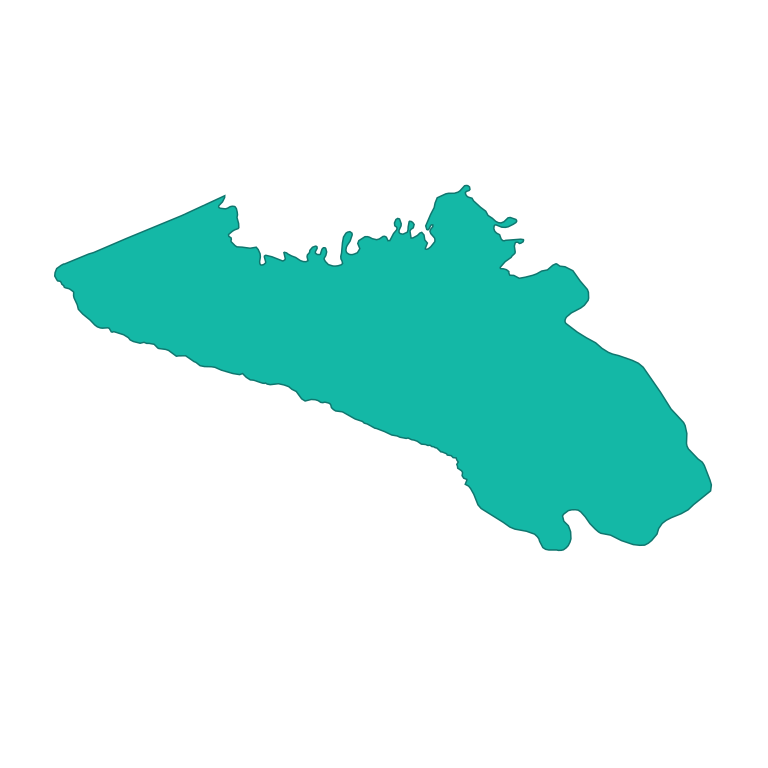 Girardot, Cundinamarca, Colombia (Robinson projection), rotated 255°
{"feature_id": "7082276B44734955645531", "entity_name": "Girardot", "entity_type": "district", "adm_level": 2, "iso_a3": "COL", "parent_name": "Colombia", "parent_adm1": "Cundinamarca", "projection": "robinson", "projection_center": [-74.792, 4.35], "detail": "fine", "context": "isolated", "style": "filled", "palette": "teal", "viewbox_px": 768, "rotation_deg": 255, "n_neighbors": 0, "source": "geoboundaries", "source_scale": "gbopen_adm2", "svg_char_len": 6151}
<svg xmlns="http://www.w3.org/2000/svg" viewBox="0 0 768 768"><g transform="rotate(255 384 384)"><path d="M266.1,436.5L263.5,439.3L260.5,440.6L254.2,442.2L242.9,443.5L238.6,445.6L219.5,463.4L213.2,468.6L210.0,472.8L204.9,483.5L200.0,490.6L196.8,492.6L194.4,493.5L191.7,493.6L184.9,495.1L182.5,497.3L181.0,500.3L179.0,507.8L178.2,509.3L177.5,512.0L177.4,514.4L178.6,517.6L180.2,520.1L183.1,522.7L186.1,524.5L192.9,526.0L195.7,525.8L199.4,525.4L204.9,522.2L210.4,522.3L211.8,523.9L214.0,529.3L213.9,532.8L213.0,536.4L211.9,538.9L209.5,541.0L203.6,544.0L195.8,546.8L189.3,550.4L185.6,552.9L183.7,554.8L179.4,563.7L171.3,572.8L164.4,583.2L162.0,589.3L160.9,594.1L161.8,598.1L163.6,602.1L168.3,608.8L173.3,611.9L177.3,616.6L179.3,621.4L180.5,626.9L181.8,637.4L183.8,645.3L187.4,651.9L196.2,671.8L201.8,674.1L206.7,674.0L222.5,672.3L226.1,671.2L230.3,667.9L242.5,661.2L245.7,660.6L248.3,660.8L257.8,663.7L265.9,664.1L269.3,663.4L285.5,654.8L304.6,648.9L333.1,638.7L338.2,635.1L342.6,629.9L350.7,618.0L353.7,612.6L356.5,608.9L362.0,603.8L369.0,599.1L376.3,591.4L384.1,584.1L395.4,575.4L396.3,575.1L397.6,575.0L399.2,575.6L401.0,577.0L401.8,578.2L404.2,583.4L406.5,593.7L408.2,597.9L412.0,602.8L414.0,603.9L419.7,605.2L422.7,604.9L432.8,600.1L444.5,595.8L450.4,589.2L452.3,584.4L455.3,581.9L455.6,580.9L455.0,577.7L451.9,571.4L452.3,565.5L450.9,560.0L450.5,555.8L450.6,548.1L451.1,542.0L455.3,537.5L456.5,533.7L458.8,533.3L460.3,533.7L462.7,531.9L464.3,529.3L465.2,526.6L466.1,526.2L466.8,526.7L470.8,532.7L473.4,539.6L474.5,540.8L476.3,544.2L477.5,544.9L483.5,545.6L486.4,547.3L486.7,548.0L486.5,549.4L486.0,550.3L484.7,551.1L484.6,552.6L485.4,555.2L486.9,556.1L487.4,556.0L488.5,553.5L491.3,538.6L491.2,537.2L491.8,535.8L493.7,534.7L498.3,534.3L500.6,531.8L502.9,530.5L505.7,530.3L508.0,531.2L508.8,532.2L508.8,533.3L505.0,538.3L503.9,541.7L503.7,544.6L504.8,550.1L505.8,553.2L506.7,554.2L507.7,554.4L508.8,554.0L512.2,549.0L512.4,546.8L509.7,541.9L509.3,538.7L510.2,536.3L512.2,534.0L516.1,531.5L519.9,528.1L524.6,527.0L529.7,523.0L537.7,517.9L540.7,517.1L542.6,513.9L543.9,512.7L545.9,512.0L547.8,512.1L548.7,513.5L548.9,516.3L549.7,517.4L552.2,517.6L553.9,516.3L554.5,514.8L554.6,513.1L551.0,507.5L550.2,505.4L550.0,501.4L551.5,495.7L551.7,493.0L550.1,483.6L545.6,480.2L541.4,478.1L535.7,472.9L525.9,465.2L522.2,465.3L521.5,466.3L521.8,467.2L525.2,470.4L525.4,471.2L525.1,472.3L523.8,472.1L523.0,471.5L521.8,469.6L519.8,467.9L517.2,468.1L512.0,470.6L510.5,470.6L508.4,470.0L504.5,464.8L503.2,461.9L503.0,460.2L503.7,458.9L504.5,459.1L508.9,462.4L512.6,460.7L517.6,461.2L520.7,459.7L520.5,457.7L518.8,454.7L517.6,449.7L518.0,447.9L525.1,448.7L526.4,450.1L527.3,452.7L530.3,454.4L532.3,453.7L533.8,452.6L534.6,450.9L534.3,450.3L529.5,448.0L526.7,447.1L524.6,445.8L523.8,441.1L524.9,438.9L525.6,438.2L526.5,437.8L528.6,438.3L532.3,441.4L534.4,442.1L539.4,441.7L540.4,440.1L539.8,438.1L536.9,435.8L534.4,435.4L533.6,435.6L532.5,436.7L531.1,436.9L529.7,436.2L526.9,432.2L521.0,426.8L521.4,424.9L525.2,424.3L526.5,422.9L526.8,421.3L525.3,417.0L525.3,414.2L527.4,410.3L529.6,407.9L530.6,406.2L531.2,403.7L529.0,396.8L526.5,395.0L521.0,395.7L517.7,392.3L517.2,389.0L517.2,386.9L517.6,385.3L518.5,383.6L520.6,381.9L523.1,381.8L525.8,383.0L527.4,384.3L530.9,388.3L536.3,391.9L538.0,392.1L540.0,390.5L540.1,388.0L539.5,386.2L536.4,382.9L531.1,380.4L521.5,376.9L518.5,375.3L515.9,374.8L513.9,375.3L511.1,375.2L510.2,373.5L510.1,370.1L510.5,367.4L511.2,365.2L513.7,361.2L517.5,359.1L519.9,358.5L520.9,358.7L523.1,361.0L526.4,362.8L530.1,362.8L530.9,362.2L531.3,360.8L530.7,359.5L529.7,358.6L525.8,356.1L525.7,355.1L526.4,353.0L528.1,351.6L529.6,352.0L532.3,354.5L533.8,354.8L534.6,354.2L534.9,353.4L534.6,350.3L532.3,347.0L530.3,346.1L528.5,343.4L526.8,342.6L522.8,342.5L522.3,340.3L523.2,337.6L524.9,335.1L529.1,331.4L531.6,327.9L534.5,324.8L535.8,323.9L537.0,321.9L536.8,321.3L530.8,321.1L529.7,320.5L529.1,318.9L529.1,317.9L535.9,308.7L538.9,303.2L538.9,302.6L538.5,301.6L537.6,301.3L532.4,301.3L531.5,300.8L530.5,298.6L530.5,296.7L531.1,295.6L532.6,295.2L534.6,295.6L538.8,297.5L541.9,298.0L546.4,297.3L549.2,296.0L549.8,289.8L552.9,282.4L554.5,277.5L556.1,276.0L561.0,273.2L562.0,273.3L563.3,274.0L564.8,274.1L566.8,272.3L568.6,272.5L570.8,277.1L571.5,279.5L571.9,283.4L572.6,284.2L576.6,285.1L583.0,285.1L585.3,286.3L588.0,286.7L591.6,286.8L593.8,286.0L594.3,285.3L595.0,283.4L595.1,281.3L594.3,278.4L594.2,276.2L596.1,271.4L596.9,270.4L597.8,270.1L599.0,270.6L601.7,275.1L605.3,278.3L607.1,278.9L599.0,232.2L591.3,173.2L586.1,137.3L586.0,132.5L582.6,106.5L582.8,105.5L582.2,102.9L580.2,97.7L576.7,95.1L573.5,93.9L569.4,94.9L568.1,95.4L567.0,97.8L565.6,98.5L563.9,98.6L561.8,100.1L560.3,100.2L559.5,101.0L557.4,104.7L553.7,107.7L553.0,108.0L549.6,107.0L547.4,106.9L539.9,108.2L535.2,108.1L529.4,111.2L521.8,116.7L515.9,119.9L513.4,121.9L511.6,124.5L510.8,126.5L509.8,131.7L508.9,133.0L504.9,134.1L504.4,135.2L504.5,136.6L499.0,145.2L494.9,149.1L492.3,150.2L489.9,152.9L486.5,159.0L486.4,163.0L484.7,165.2L484.0,167.7L481.9,172.2L477.3,174.8L476.6,175.6L473.9,182.1L472.2,184.6L464.6,190.6L464.3,193.1L462.6,199.7L454.8,206.3L453.6,207.9L449.3,211.1L447.3,215.1L445.4,221.6L443.9,225.0L439.4,230.6L433.2,240.8L430.4,247.0L430.7,250.1L426.1,252.7L422.6,255.9L421.5,258.9L416.3,266.8L415.6,268.5L415.6,269.8L414.2,271.1L412.8,273.9L411.6,282.1L408.9,287.3L406.1,291.3L402.7,293.7L399.5,297.3L391.0,300.6L388.0,303.4L387.9,309.7L386.6,313.6L385.0,316.1L382.6,318.2L381.8,320.1L381.8,322.2L380.0,325.5L378.9,326.7L377.4,327.2L374.8,327.1L372.4,328.5L370.5,330.3L367.9,336.6L357.7,347.0L353.4,353.5L351.4,354.7L349.7,357.5L343.7,363.7L343.0,365.2L337.9,372.2L332.7,378.3L330.4,383.3L328.4,385.7L326.8,389.1L325.7,391.3L325.6,393.3L323.1,396.2L322.0,398.6L320.1,401.3L316.3,404.5L314.8,408.5L313.3,410.4L312.9,412.7L311.2,414.0L310.5,415.8L309.2,417.0L308.6,418.4L303.7,421.4L303.3,422.6L300.4,426.4L299.0,426.7L297.4,430.4L295.0,431.7L293.9,434.6L292.0,434.6L289.4,435.5L287.5,433.5L285.6,433.7L283.6,433.4L280.3,436.3L279.2,436.8L277.9,436.9L275.2,435.7L272.4,436.6L270.4,439.3L269.6,439.1L266.1,436.5Z" fill="#14b8a6" stroke="#0f766e" stroke-width="1.5"/></g></svg>